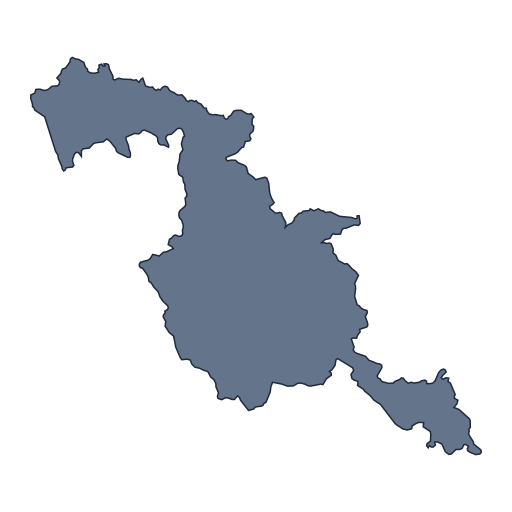 Conceição do Mato Dentro, Minas Gerais, Brazil (Mercator projection)
{"feature_id": "56859067B89792932803037", "entity_name": "Conceição do Mato Dentro", "entity_type": "district", "adm_level": 2, "iso_a3": "BRA", "parent_name": "Brazil", "parent_adm1": "Minas Gerais", "projection": "mercator", "projection_center": [-43.489, -18.933], "detail": "fine", "context": "isolated", "style": "filled", "palette": "slate", "viewbox_px": 512, "rotation_deg": 0, "n_neighbors": 0, "source": "geoboundaries", "source_scale": "gbopen_adm2", "svg_char_len": 6006}
<svg xmlns="http://www.w3.org/2000/svg" viewBox="0 0 512 512"><path d="M249.8,140.8L250.9,138.7L249.9,136.9L249.6,134.4L252.9,131.3L253.6,128.8L253.7,126.2L252.1,124.5L252.0,122.6L252.4,118.6L253.9,117.0L251.0,113.5L248.9,114.2L246.6,113.6L241.1,110.2L235.9,110.4L233.6,111.2L230.8,115.4L228.5,116.8L227.9,118.6L225.9,119.3L224.2,117.8L223.4,115.4L221.4,115.7L215.1,114.5L213.1,114.9L209.0,113.9L206.6,110.2L206.4,108.3L204.0,107.9L200.8,103.9L198.1,103.0L196.1,100.7L194.3,101.6L192.3,100.4L189.8,100.4L188.4,101.7L186.1,100.4L185.5,98.6L181.9,94.8L178.4,95.2L176.3,94.3L174.4,92.8L169.9,90.8L167.4,87.0L165.0,86.2L162.3,87.5L160.3,89.9L158.1,89.2L156.6,90.4L154.3,89.3L152.6,87.0L149.8,87.4L145.5,85.9L142.8,78.1L140.9,79.4L139.0,82.3L136.3,79.8L133.3,80.3L130.9,79.4L122.8,79.2L118.8,78.2L114.5,80.0L112.9,78.9L113.0,76.3L109.4,69.0L108.5,64.7L106.5,63.7L103.9,64.0L105.0,66.0L103.3,66.3L101.4,64.1L98.9,65.2L99.3,67.7L97.9,69.5L98.6,72.3L94.7,73.2L90.8,73.0L87.8,71.4L87.4,69.0L85.5,67.4L83.8,62.4L78.4,59.3L75.8,59.0L72.3,57.4L70.4,59.0L69.9,61.9L67.3,65.7L65.5,68.0L62.8,68.9L61.5,70.7L61.0,73.2L56.9,78.0L59.6,81.0L59.3,84.0L57.7,85.8L51.8,86.3L48.6,89.1L46.0,90.3L43.7,90.3L40.1,89.2L35.9,89.4L34.8,93.1L30.8,95.0L30.7,98.3L32.5,104.2L32.5,106.6L33.9,107.9L34.9,110.2L44.7,116.8L55.6,151.4L57.8,154.8L58.5,159.0L61.8,166.3L62.3,168.9L63.7,171.0L65.3,169.9L66.1,167.8L72.6,167.0L73.9,165.5L72.5,161.2L72.7,158.7L74.6,153.7L76.8,152.2L78.8,152.9L81.4,156.4L81.4,150.5L83.4,148.8L89.2,148.1L93.4,143.7L95.7,142.8L103.5,141.8L106.7,138.9L109.9,141.2L115.9,148.7L116.2,150.7L117.8,152.6L127.5,157.2L129.8,157.4L130.5,155.4L130.3,152.5L129.1,149.6L128.5,145.6L126.0,139.3L126.1,137.1L134.4,133.5L138.7,133.9L140.7,132.6L142.1,130.6L144.5,130.1L151.1,132.9L155.9,135.8L157.6,137.7L157.7,140.9L158.7,143.4L160.4,144.8L164.2,145.0L168.5,147.3L168.7,145.4L165.7,138.6L166.1,136.8L167.6,134.9L171.4,134.2L177.5,128.6L179.6,128.2L181.8,129.1L183.6,132.6L184.5,136.2L183.1,137.2L181.4,144.0L182.9,149.8L180.0,154.0L179.2,161.6L177.8,165.9L177.8,168.4L178.8,174.5L182.8,177.3L183.5,182.0L184.8,184.4L185.1,189.6L186.9,193.8L186.6,196.4L185.1,198.1L185.8,204.4L184.9,206.4L180.1,210.5L179.1,212.3L178.8,215.1L179.5,218.0L181.6,220.0L183.1,224.7L183.3,227.7L182.4,230.1L182.8,234.3L180.9,236.2L178.9,236.3L175.4,235.0L173.7,235.6L171.1,238.4L169.5,239.2L168.2,244.6L171.9,246.7L173.3,248.6L166.6,251.7L163.1,252.4L159.3,256.0L152.8,254.4L150.0,258.8L148.1,260.1L140.5,262.2L139.3,264.2L139.4,266.2L140.4,267.6L142.6,268.3L146.9,274.3L148.1,276.6L149.0,281.4L151.3,283.0L153.6,286.9L158.2,291.9L159.9,296.7L162.7,301.0L167.8,305.9L168.4,308.0L166.9,310.0L165.0,310.9L165.0,313.2L163.4,315.1L163.3,317.1L165.7,321.4L165.1,326.2L169.3,332.6L173.6,336.1L175.8,347.2L180.3,357.7L181.7,359.7L187.1,359.2L190.2,360.0L191.9,364.2L194.9,367.2L199.5,368.2L204.0,370.4L207.7,371.4L210.8,377.2L213.9,379.6L215.8,383.5L216.0,386.9L218.5,393.0L217.4,396.3L218.0,398.4L221.6,399.7L225.5,397.8L228.1,397.9L231.7,399.4L234.5,399.5L237.5,395.9L239.5,397.5L240.5,400.2L248.6,410.5L253.6,409.0L255.3,407.0L261.6,406.1L263.2,405.2L263.9,403.4L265.9,402.4L270.2,392.1L270.9,386.6L272.6,382.3L281.5,384.0L287.8,386.2L293.3,385.9L298.0,383.2L300.9,383.1L305.4,384.3L307.9,385.7L310.6,386.1L320.8,384.1L322.9,384.6L326.3,378.9L331.3,375.2L331.2,373.1L329.4,371.3L331.6,370.1L335.0,365.5L336.0,359.7L337.7,358.6L352.7,367.8L353.6,370.5L351.0,374.4L351.9,378.4L353.8,380.0L357.7,381.3L358.0,383.2L357.5,385.4L363.4,389.3L364.5,391.0L370.2,395.6L373.9,400.1L380.6,404.6L395.3,423.8L397.1,425.2L402.8,428.9L407.1,430.0L411.7,428.8L412.2,425.9L416.6,423.2L419.0,422.4L423.7,422.6L423.2,426.8L430.2,431.4L430.8,434.1L430.5,441.1L427.0,443.7L426.7,445.9L428.2,447.8L429.5,445.6L431.2,447.0L433.1,447.1L435.4,445.1L434.7,442.1L437.5,441.9L441.9,444.1L445.3,451.7L448.7,454.4L451.4,454.0L455.9,449.5L460.1,449.4L462.2,448.3L463.8,444.7L465.9,444.5L468.5,446.2L467.3,448.7L467.7,450.7L469.6,452.1L475.6,454.6L479.9,454.0L481.3,452.3L480.9,449.9L473.9,444.2L473.2,441.6L469.2,435.3L468.6,433.1L469.3,431.1L468.8,429.3L470.3,427.4L470.2,421.0L469.6,419.0L458.9,409.4L454.0,407.5L456.9,403.8L457.9,400.2L454.5,398.4L454.4,396.3L455.2,394.5L450.3,383.0L448.0,381.7L448.7,378.1L445.9,377.8L442.8,379.2L441.3,377.8L442.5,375.6L446.1,372.1L445.5,370.2L443.8,369.1L441.7,369.6L440.2,370.8L438.6,372.8L435.1,380.8L432.9,383.0L430.5,383.6L426.7,383.6L426.5,381.2L425.0,380.1L421.4,380.8L419.8,382.1L413.9,383.1L411.3,382.3L408.2,383.2L404.8,380.5L403.4,378.2L401.4,377.9L399.6,379.5L394.9,381.4L393.0,383.2L388.3,383.3L381.8,381.6L380.2,379.0L377.9,377.9L377.1,376.1L381.9,367.6L381.7,365.2L380.0,364.0L377.6,363.7L368.9,360.2L365.5,356.3L356.4,353.2L354.5,351.9L353.2,349.9L354.1,347.1L351.3,338.9L352.8,338.0L356.6,338.2L357.4,335.6L360.2,331.7L359.6,329.3L366.8,327.0L367.8,325.3L367.6,323.1L365.3,316.5L367.3,312.8L367.0,310.5L363.0,309.3L361.0,308.0L359.3,305.8L357.2,304.9L354.6,296.3L355.6,289.0L355.5,286.1L354.6,283.7L358.5,275.4L355.6,271.5L352.0,268.8L348.3,264.6L346.9,263.6L344.7,264.0L338.2,260.5L335.8,255.2L332.9,252.8L333.3,249.2L331.2,243.8L329.4,243.0L326.6,243.5L323.9,242.6L321.6,242.7L324.9,239.6L329.9,238.5L331.6,235.2L333.3,233.6L335.2,234.4L340.5,234.1L342.0,229.8L343.9,228.2L346.2,228.2L354.2,224.9L358.6,225.4L360.2,223.4L359.1,215.7L357.2,215.8L357.1,218.2L355.5,218.9L351.7,217.5L339.6,216.3L330.5,211.9L325.3,212.4L323.2,210.8L320.8,210.4L318.4,208.8L313.9,210.8L310.2,208.8L309.4,210.5L303.0,211.2L301.4,213.1L299.0,213.3L294.5,218.0L294.0,220.4L291.9,223.0L287.7,224.9L285.2,227.5L285.9,222.9L282.1,215.5L281.7,213.2L279.7,212.4L277.5,213.1L275.1,212.9L270.0,208.5L269.6,206.3L273.0,204.1L274.1,202.6L271.3,197.7L269.7,192.9L268.7,183.3L266.9,178.2L265.0,177.2L255.6,179.6L253.4,177.2L248.1,173.4L246.4,167.0L244.7,165.5L237.9,162.6L235.6,160.3L231.1,160.1L227.4,160.9L226.1,159.3L226.1,157.4L235.3,153.7L237.7,152.1L241.7,147.5L243.5,147.2L245.4,141.4L249.8,140.8Z" fill="#64748b" stroke="#1e293b" stroke-width="1.5"/></svg>